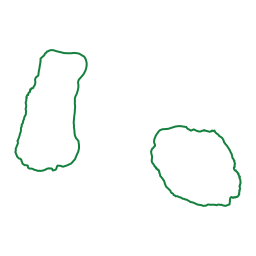 Paama, Malampa, Vanuatu (Mercator projection)
{"feature_id": "77236927B20475273490027", "entity_name": "Paama", "entity_type": "district", "adm_level": 2, "iso_a3": "VUT", "parent_name": "Vanuatu", "parent_adm1": "Malampa", "projection": "mercator", "projection_center": [168.29, -16.483], "detail": "fine", "context": "isolated", "style": "outline", "palette": "green", "viewbox_px": 256, "rotation_deg": 0, "n_neighbors": 0, "source": "geoboundaries", "source_scale": "gbopen_adm2", "svg_char_len": 5782}
<svg xmlns="http://www.w3.org/2000/svg" viewBox="0 0 256 256"><path d="M19.0,137.5L18.3,139.0L18.1,140.1L17.5,140.8L17.6,141.4L17.9,142.2L17.9,143.1L17.6,144.3L16.7,146.1L16.5,147.0L15.7,148.6L15.8,150.7L15.6,151.4L15.4,151.7L15.4,152.3L15.6,152.8L15.9,153.1L16.2,154.4L16.9,155.6L17.0,156.4L18.9,158.4L19.3,158.6L20.4,158.8L21.3,159.7L21.5,161.0L22.2,162.2L22.3,163.2L22.5,163.6L24.4,165.0L27.5,165.5L27.9,165.9L27.9,167.2L28.1,167.7L28.8,168.2L29.6,168.6L31.8,168.6L32.6,168.9L34.1,169.7L36.3,170.3L37.0,170.6L38.4,170.9L39.4,170.7L39.9,170.9L40.6,170.9L43.3,170.5L45.3,169.7L46.5,169.0L46.9,168.7L48.0,168.6L48.6,168.3L49.0,168.3L50.0,168.6L50.8,168.4L51.6,168.5L52.2,169.0L52.7,170.3L53.0,170.4L53.5,170.4L54.7,170.0L55.6,169.6L56.3,168.8L57.0,166.4L57.3,166.0L57.8,165.6L60.2,165.8L63.1,166.7L67.1,165.4L71.3,163.4L75.1,159.1L76.2,156.1L78.3,151.5L79.0,148.3L79.0,145.3L78.4,140.9L76.1,138.2L74.8,135.3L74.8,134.3L74.5,132.8L74.4,130.0L73.9,127.2L74.0,125.1L73.7,123.2L73.7,122.2L74.3,115.6L74.8,112.3L74.8,110.4L75.1,107.5L75.1,105.8L74.8,103.5L74.9,101.8L74.9,100.6L74.8,99.5L74.9,98.2L75.4,96.5L76.7,93.9L77.1,92.7L78.1,89.1L78.4,87.0L78.4,84.8L78.1,83.3L78.1,81.8L78.7,80.0L79.1,79.3L81.0,77.3L81.8,76.2L82.2,75.9L83.2,74.6L83.9,73.6L85.1,71.3L86.0,69.0L86.6,66.0L86.7,63.2L86.4,61.8L85.8,59.5L84.7,57.3L83.7,56.3L82.0,55.4L81.0,54.7L79.0,53.6L76.9,53.2L74.6,52.9L70.5,53.3L64.4,53.1L56.8,51.3L54.0,50.4L52.8,50.1L51.9,50.1L50.0,50.3L49.2,50.6L48.1,51.3L47.2,51.4L46.7,51.8L46.5,52.5L45.1,53.5L44.7,54.1L44.2,55.5L43.6,55.8L40.7,58.5L40.5,59.0L40.6,61.3L40.4,61.7L40.5,61.8L39.6,66.9L39.4,68.6L38.9,70.6L38.3,75.4L38.0,75.8L37.6,76.1L35.9,77.4L35.3,78.8L35.1,79.6L35.3,81.7L35.3,83.1L34.7,85.2L34.5,85.6L33.7,86.5L33.3,87.8L32.8,88.2L31.7,88.2L31.2,88.8L31.2,89.2L31.0,89.4L30.7,89.5L30.5,89.3L30.2,89.4L30.1,89.6L30.2,90.4L29.9,90.9L30.0,91.7L29.9,92.0L29.7,92.2L29.1,92.4L28.7,92.8L28.3,93.6L28.3,94.6L28.2,94.9L28.1,95.0L27.5,94.9L27.3,95.1L26.4,96.9L26.4,97.4L26.7,97.6L26.8,98.0L26.2,99.2L26.3,99.9L26.3,100.5L26.2,101.1L25.7,102.2L25.8,103.5L26.2,105.2L26.2,106.9L25.6,108.9L25.7,109.5L26.1,110.8L26.1,111.3L25.9,112.3L25.9,114.0L25.5,115.2L25.0,115.7L24.9,115.9L24.8,116.5L24.4,117.0L24.2,117.6L24.1,118.4L23.9,118.9L23.9,119.5L23.2,120.6L23.1,121.8L22.9,122.4L22.8,123.1L22.6,123.6L22.1,124.0L21.8,124.7L21.6,125.1L21.6,125.4L21.8,125.9L21.7,126.6L21.1,127.6L20.9,128.2L20.9,128.9L21.1,129.8L20.7,131.4L20.7,132.1L20.3,132.8L19.8,134.4L19.6,135.6L19.2,136.7L19.0,137.5ZM192.7,129.9L191.0,130.6L187.4,128.6L186.2,127.0L181.0,126.2L178.5,126.1L175.2,126.6L168.3,128.8L162.2,129.3L159.5,130.5L158.1,132.2L155.8,135.6L154.2,139.7L154.1,142.7L154.9,144.4L155.0,145.9L154.0,146.8L153.4,147.8L153.0,148.2L152.7,148.3L152.3,148.6L151.7,149.7L151.4,150.8L151.1,151.3L151.1,151.8L151.4,153.9L151.7,154.8L152.1,156.7L152.1,157.7L151.8,159.2L151.8,160.4L151.7,160.8L151.8,161.5L152.0,162.3L152.5,162.9L152.9,163.6L153.8,164.6L154.1,165.2L154.5,166.2L154.9,166.4L155.2,166.9L155.5,167.0L156.0,167.4L156.0,168.0L156.4,168.1L156.6,168.9L157.1,168.9L157.5,169.2L157.7,169.8L158.4,169.9L158.6,170.0L158.8,170.9L159.1,171.1L159.2,171.9L159.4,172.2L159.3,172.8L159.7,173.6L160.1,174.6L160.2,175.8L160.3,176.1L161.1,176.8L161.9,177.9L162.6,178.6L163.1,179.7L163.9,180.5L164.9,183.5L165.3,184.8L165.7,185.5L165.9,186.4L166.5,187.0L168.0,188.4L168.7,189.1L170.2,190.5L170.5,191.0L170.8,191.9L171.1,192.5L171.7,193.0L172.4,193.3L173.1,193.8L173.6,194.9L173.9,195.2L174.8,195.4L175.7,196.3L177.0,196.2L177.5,196.3L179.6,197.3L180.9,197.5L182.1,198.4L183.1,198.8L184.1,198.9L185.3,199.5L186.5,199.6L189.4,201.3L190.5,202.0L192.7,202.4L194.1,203.0L195.2,203.4L196.9,204.3L198.2,204.7L201.1,205.1L201.7,205.3L202.4,205.5L203.1,205.9L203.9,205.9L204.5,205.7L205.7,205.7L206.4,205.5L207.4,204.7L208.0,204.6L209.1,204.5L209.8,204.7L210.3,204.8L211.8,204.7L215.0,204.8L215.5,204.9L216.0,205.1L216.8,205.2L217.8,204.6L218.9,204.6L219.7,204.7L220.1,204.9L221.0,204.9L221.3,204.7L222.6,205.3L225.4,205.9L229.5,204.4L229.9,201.4L229.9,200.1L230.1,199.3L230.2,198.2L230.4,198.0L230.7,197.7L231.1,197.1L231.7,197.1L232.3,197.4L232.7,197.7L233.1,197.8L233.4,197.4L234.5,197.2L234.7,197.5L234.9,197.5L235.1,197.4L235.5,197.4L236.2,196.9L236.5,196.9L236.8,197.0L237.1,196.7L237.4,196.7L237.7,196.5L238.6,195.5L238.8,194.7L239.2,194.4L239.2,194.1L238.9,193.9L238.9,193.7L239.2,193.2L239.2,192.3L239.5,191.5L239.3,190.8L239.5,190.6L239.7,190.3L239.6,189.7L240.0,189.1L240.1,188.4L239.6,186.9L239.5,186.0L239.7,185.7L240.0,185.5L240.0,184.6L240.1,184.2L240.3,184.0L240.4,183.3L240.6,183.0L240.6,182.7L240.4,182.1L240.5,181.3L240.3,180.9L240.3,179.7L239.4,177.9L239.4,177.6L239.8,177.3L239.8,176.5L239.7,176.4L239.3,176.5L238.8,175.5L238.7,174.7L238.6,174.2L238.3,174.1L238.4,173.7L238.0,173.4L237.8,172.8L237.4,172.6L237.2,172.0L236.8,171.9L236.6,171.7L236.0,171.1L235.7,170.4L235.1,170.5L234.9,170.4L234.6,170.0L234.0,168.9L233.9,168.5L233.9,167.6L234.2,167.1L234.6,167.0L234.7,166.8L234.5,165.6L234.6,164.9L234.7,164.5L234.9,164.3L234.8,163.5L234.9,163.1L234.6,162.6L234.3,161.4L234.4,160.9L234.0,160.6L233.9,160.0L233.6,159.7L233.4,159.1L233.2,158.7L232.7,158.2L232.5,157.9L231.7,154.1L230.6,152.2L229.9,150.3L229.4,149.7L228.7,148.4L228.0,147.5L227.0,145.8L225.4,144.1L224.9,143.1L224.1,142.4L224.0,142.1L223.7,140.7L222.5,138.4L221.6,137.5L219.0,135.8L218.4,134.7L217.0,133.8L216.0,132.9L215.3,132.3L214.5,130.7L214.1,130.7L213.7,130.9L213.4,131.0L213.2,130.8L212.8,130.8L212.5,130.6L212.1,130.6L211.9,130.8L211.9,131.1L211.6,131.3L210.7,131.3L209.7,131.8L206.9,131.0L206.0,130.9L205.3,130.5L204.5,130.6L204.2,130.1L203.9,130.1L203.3,130.6L201.9,130.8L201.7,131.0L200.4,131.5L199.6,131.5L198.5,131.4L197.1,131.0L193.8,129.4L193.4,129.5L192.7,129.9Z" fill="none" stroke="#15803d" stroke-width="2"/></svg>